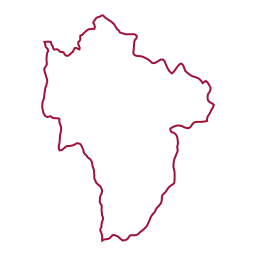 outline of Montezuma, Minas Gerais, Brazil
{"feature_id": "56859067B99977110122365", "entity_name": "Montezuma", "entity_type": "district", "adm_level": 2, "iso_a3": "BRA", "parent_name": "Brazil", "parent_adm1": "Minas Gerais", "projection": "natural_earth1", "projection_center": [-42.478, -15.207], "detail": "fine", "context": "isolated", "style": "outline", "palette": "rose", "viewbox_px": 256, "rotation_deg": 0, "n_neighbors": 0, "source": "geoboundaries", "source_scale": "gbopen_adm2", "svg_char_len": 4394}
<svg xmlns="http://www.w3.org/2000/svg" viewBox="0 0 256 256"><path d="M205.6,81.0L202.7,83.2L201.3,81.1L199.9,79.5L198.7,78.6L197.4,77.9L195.9,77.2L193.1,76.5L191.2,75.6L188.7,73.9L185.3,71.0L183.6,66.4L182.9,65.1L182.1,64.1L180.7,63.6L179.3,64.5L176.8,67.5L173.7,71.9L171.8,73.4L169.4,71.2L168.7,69.7L167.8,68.7L165.4,63.3L164.5,61.0L163.0,59.5L160.6,59.6L155.3,62.8L154.0,63.2L152.0,62.8L148.5,59.6L143.1,56.9L141.7,56.4L136.2,55.8L134.5,55.0L133.5,53.8L133.4,51.9L133.8,48.3L134.3,41.7L134.8,40.2L136.5,38.1L136.8,35.9L135.0,34.5L133.7,34.2L125.8,34.3L119.8,32.4L118.8,30.5L117.0,29.1L114.0,24.0L112.7,23.2L111.6,21.8L109.6,20.6L105.3,17.7L104.3,16.6L103.0,15.4L101.5,15.5L99.7,16.8L97.4,17.3L96.0,18.3L95.0,19.8L94.0,21.1L93.2,22.8L94.3,24.6L94.9,26.6L94.4,28.9L91.9,28.9L90.2,29.2L88.7,29.3L87.3,30.1L85.9,31.2L84.2,32.8L82.5,34.7L80.6,35.4L80.1,36.9L80.4,39.2L79.6,40.9L78.2,42.2L78.4,44.5L79.1,46.2L79.7,47.8L79.4,49.4L77.8,48.9L76.2,47.8L74.7,48.1L73.7,50.1L72.7,52.1L71.3,52.9L70.3,54.1L69.1,55.0L68.0,55.8L66.6,55.8L65.0,54.8L64.1,53.5L63.5,52.2L62.1,52.0L60.1,51.8L58.7,50.3L57.6,49.4L56.0,49.3L54.1,49.6L53.1,48.1L52.8,46.4L51.6,44.9L50.9,42.1L49.0,41.7L46.8,41.7L44.4,41.9L45.0,43.7L45.4,45.2L45.6,46.7L46.7,48.0L47.8,49.2L48.2,50.9L47.2,52.9L46.9,54.8L46.7,56.4L46.5,58.3L46.6,60.2L46.7,62.0L46.8,64.5L46.1,65.8L45.2,67.0L44.2,69.2L44.6,71.5L45.3,73.7L46.0,75.8L46.7,78.3L47.2,80.4L47.2,82.1L46.5,83.7L46.4,85.6L45.4,87.3L45.2,88.8L45.0,90.3L44.7,91.7L44.4,93.7L44.2,96.4L43.9,98.4L43.3,100.2L42.5,102.4L42.4,104.2L42.2,105.9L42.2,107.4L42.7,109.2L43.0,111.6L44.0,114.0L45.4,116.2L47.3,117.0L48.8,116.7L50.3,116.2L51.6,116.9L52.6,117.9L54.0,118.1L55.6,118.2L57.0,118.3L58.4,118.3L59.5,119.0L59.3,121.5L59.9,123.9L60.6,125.6L61.1,127.4L61.2,129.2L61.0,131.0L60.5,133.0L60.1,135.2L59.9,137.4L59.8,139.4L59.6,141.8L59.3,143.7L58.8,146.0L58.8,149.0L59.7,150.4L61.1,150.2L62.3,149.7L64.2,148.2L65.9,146.5L67.4,146.0L69.1,146.0L70.6,145.8L72.1,145.5L74.1,144.9L75.5,144.0L77.2,143.2L79.1,143.5L80.5,144.2L81.5,145.8L82.4,147.9L83.2,149.5L83.6,151.3L84.0,153.0L84.8,154.1L85.9,154.9L86.8,155.9L87.6,157.3L89.0,158.3L90.4,159.5L91.3,160.8L91.9,162.2L92.3,164.1L92.6,166.4L93.5,168.7L94.0,170.4L94.1,171.8L94.1,173.4L94.4,174.9L94.2,176.4L94.3,178.0L94.7,179.4L95.5,180.9L96.2,182.7L97.2,183.7L98.5,184.9L100.0,186.0L101.0,187.5L101.6,188.9L102.1,190.5L101.8,192.1L101.7,193.6L100.7,195.0L100.2,196.9L99.9,198.4L99.9,200.1L99.7,201.7L100.5,203.7L101.6,205.1L101.7,207.0L101.6,209.0L101.6,210.9L101.9,213.2L102.0,215.1L102.6,216.4L103.0,217.8L102.8,220.0L101.9,222.2L101.6,224.4L101.4,227.0L100.5,228.8L100.2,230.5L100.9,231.8L101.5,233.5L102.0,235.3L102.3,237.3L102.1,238.8L102.2,240.6L103.3,239.9L104.5,239.4L106.1,239.3L107.4,239.0L108.9,238.6L110.2,237.7L111.3,236.5L112.5,235.2L114.1,234.9L115.4,235.5L116.8,236.1L118.1,236.5L119.0,237.5L120.1,238.5L121.4,239.5L122.6,240.5L124.4,240.3L126.2,239.8L127.7,238.7L129.0,236.8L130.1,235.5L131.4,235.1L132.7,235.2L134.2,235.3L136.1,235.1L137.9,234.3L139.1,233.2L140.4,231.8L142.0,230.8L143.7,229.3L145.0,228.1L146.0,226.9L147.3,225.2L148.0,223.5L148.9,221.8L149.6,220.2L150.2,218.5L150.9,216.9L151.6,215.7L152.5,214.5L153.5,213.3L154.7,212.1L155.5,210.4L156.5,208.3L157.7,207.0L158.7,206.0L159.8,204.7L160.8,203.3L161.6,201.4L161.9,198.5L161.9,196.3L162.8,194.7L164.0,193.4L165.7,191.9L167.2,189.6L168.4,187.8L169.5,186.7L170.7,185.7L172.3,184.7L173.7,183.7L174.4,182.1L174.5,180.3L174.6,178.1L174.6,176.2L174.6,174.4L174.6,172.6L174.3,170.6L173.8,168.8L173.5,167.3L173.4,165.4L173.6,163.3L173.9,161.2L174.5,158.8L175.2,157.1L175.8,155.8L176.4,153.9L177.4,151.8L177.7,149.9L177.4,148.4L177.2,146.6L177.6,145.3L177.9,143.8L177.9,142.0L177.6,140.1L177.5,138.6L177.2,137.1L176.2,134.9L174.9,133.6L173.5,132.6L171.6,132.2L170.5,130.6L170.3,128.8L171.4,127.8L172.9,127.0L174.8,126.2L176.3,125.7L178.0,125.5L180.2,125.6L181.5,126.0L182.8,126.5L184.1,127.2L185.7,127.7L186.9,128.1L188.7,128.0L190.2,127.3L191.4,125.7L192.6,124.0L193.5,122.9L195.2,122.1L196.7,121.9L199.3,121.9L201.9,121.8L203.4,121.6L205.4,121.4L207.1,120.9L207.1,119.1L207.3,117.7L207.8,116.3L209.1,114.4L209.9,113.1L210.6,111.7L211.3,110.1L212.1,108.8L213.2,107.0L213.8,104.8L212.3,103.5L210.8,102.8L209.1,101.7L208.1,100.4L207.6,98.6L207.6,96.6L207.8,94.9L208.5,93.4L209.6,91.9L210.5,89.6L210.4,87.2L207.3,82.0L205.6,81.0Z" fill="none" stroke="#9f1239" stroke-width="2"/></svg>